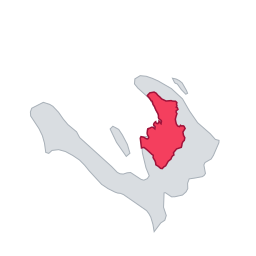 Haiti, with L'Artibonite highlighted, rotated 36°
{"feature_id": "HTI-1384", "entity_name": "L'Artibonite", "entity_type": "Department", "adm_level": 1, "iso_a3": "HTI", "parent_name": "Haiti", "parent_adm1": "", "projection": "orthographic", "projection_center": [-72.647, 19.338], "detail": "fine", "context": "in_parent", "style": "filled", "palette": "rose", "viewbox_px": 256, "rotation_deg": 36, "n_neighbors": 0, "source": "natural_earth", "source_scale": "10m", "svg_char_len": 3052}
<svg xmlns="http://www.w3.org/2000/svg" viewBox="0 0 256 256"><g transform="rotate(36 128 128)"><path d="M208.9,84.5L210.2,86.5L213.2,99.9L213.5,104.2L210.6,110.7L211.1,113.3L217.4,119.3L217.5,121.4L216.8,123.6L211.4,129.3L207.4,133.2L208.7,137.7L212.0,141.9L212.5,145.5L211.5,150.2L206.4,156.0L203.7,158.1L196.1,158.4L195.3,159.3L199.1,164.9L203.4,171.3L210.4,176.3L212.0,181.0L210.3,185.5L210.1,196.5L204.7,191.2L198.8,186.7L195.2,185.0L191.6,183.9L163.5,184.5L160.3,185.3L157.9,186.7L155.2,187.5L147.5,188.8L139.8,189.1L121.9,185.5L114.8,183.6L107.6,182.4L99.4,182.7L91.2,183.8L84.6,186.3L79.7,190.8L78.8,195.1L75.8,196.1L69.3,189.3L63.2,184.5L56.3,180.8L42.2,175.5L39.6,172.4L38.5,168.6L44.4,157.0L50.9,154.9L54.5,154.6L62.5,156.1L70.3,158.8L77.5,160.6L88.6,161.3L94.6,164.2L137.3,168.8L145.4,170.2L148.5,169.7L151.3,168.0L153.6,164.8L156.2,162.5L168.8,161.9L171.5,160.9L173.4,157.6L173.3,154.2L165.9,149.6L154.2,139.6L144.0,127.7L148.4,123.7L146.8,116.5L148.4,109.7L150.8,103.1L140.8,97.4L128.9,91.7L112.4,89.9L107.3,88.5L104.7,84.2L107.1,78.5L112.4,75.4L118.6,73.5L124.8,72.2L140.0,70.6L155.0,72.4L168.0,78.2L181.2,82.8L197.9,84.3L205.4,85.9L208.9,84.5ZM144.4,147.3L143.3,152.0L127.2,146.4L114.1,139.3L114.7,135.5L121.3,134.6L127.7,137.0L137.2,141.7L144.4,147.3ZM153.3,63.3L155.8,64.9L154.9,66.7L148.6,65.6L142.0,63.4L139.9,64.0L138.6,63.7L134.7,61.6L138.1,60.1L141.6,59.5L145.3,59.7L153.3,63.3Z" fill="#d9dde1" stroke="#a8b0b8" stroke-width="1"/><path d="M150.6,136.2L143.9,129.0L143.6,127.3L146.2,126.2L148.7,126.0L150.0,125.6L150.6,124.6L150.2,123.3L149.3,122.7L148.1,122.2L147.1,121.6L146.4,120.8L144.9,118.1L144.5,117.0L145.0,116.7L144.9,116.5L145.0,116.1L145.6,115.5L146.3,114.0L146.7,113.4L147.4,113.0L148.4,112.8L149.4,112.8L150.2,112.9L149.3,111.1L148.6,110.8L147.3,110.7L146.6,110.1L146.3,108.8L146.4,107.4L146.7,106.6L147.1,107.0L147.6,107.3L148.2,107.5L148.9,107.4L149.6,106.9L149.6,106.4L149.4,105.9L149.3,104.3L149.1,104.1L149.3,104.1L150.2,104.3L150.5,104.5L150.9,104.9L151.5,105.2L152.3,105.2L151.1,102.8L150.5,102.4L147.2,102.2L146.4,101.6L145.8,100.7L145.0,99.7L143.8,98.8L139.8,97.0L136.5,94.9L135.3,94.6L134.3,94.1L132.0,92.2L131.6,92.1L131.0,92.4L127.1,91.0L126.5,90.9L125.2,90.6L124.6,90.5L124.5,90.3L125.0,86.7L128.0,83.6L130.4,83.3L133.0,84.0L135.6,84.2L138.1,84.7L142.9,83.8L146.8,80.5L148.1,80.1L149.1,79.5L150.7,78.4L152.6,78.7L153.3,80.3L154.6,81.3L154.8,82.8L156.1,82.6L157.5,83.6L156.9,85.8L157.7,87.0L159.2,87.6L160.0,90.3L161.1,93.0L162.8,94.7L164.7,96.3L167.0,97.2L168.9,96.6L168.9,94.9L170.1,94.9L171.3,93.8L172.3,93.7L173.3,94.2L174.5,94.8L174.8,99.0L177.2,101.3L179.7,102.5L180.8,104.9L180.5,106.7L180.8,108.6L181.8,110.5L182.5,112.3L179.6,116.4L179.3,121.2L181.0,122.9L180.4,124.4L180.5,126.0L181.0,127.9L180.1,131.3L180.5,134.7L180.7,136.4L179.8,138.6L179.6,140.7L178.1,141.5L175.1,141.2L172.2,141.4L170.7,139.8L169.0,138.6L167.3,137.9L165.7,137.2L165.1,136.2L164.4,135.2L162.9,135.3L161.4,135.1L156.6,134.5L152.6,134.3L151.5,135.1L150.6,136.2Z" fill="#f43f5e" stroke="#9f1239" stroke-width="1.5"/></g></svg>